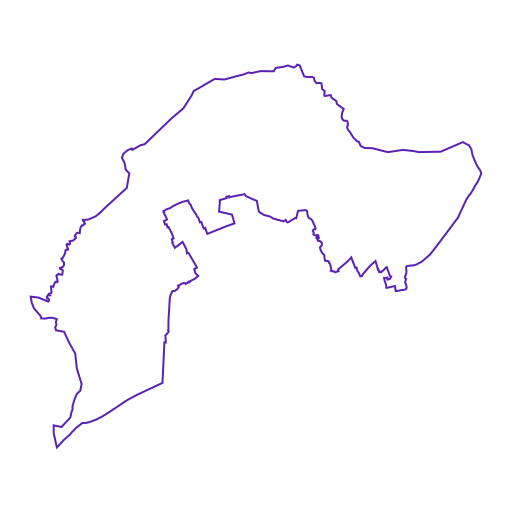 outline of Ungogo, Kano, Nigeria
{"feature_id": "59680162B36976404849364", "entity_name": "Ungogo", "entity_type": "district", "adm_level": 2, "iso_a3": "NGA", "parent_name": "Nigeria", "parent_adm1": "Kano", "projection": "natural_earth1", "projection_center": [8.508, 12.042], "detail": "fine", "context": "isolated", "style": "outline", "palette": "violet", "viewbox_px": 512, "rotation_deg": 0, "n_neighbors": 0, "source": "geoboundaries", "source_scale": "gbopen_adm2", "svg_char_len": 5957}
<svg xmlns="http://www.w3.org/2000/svg" viewBox="0 0 512 512"><path d="M379.2,272.1L380.1,271.7L380.4,272.0L381.1,272.2L381.2,271.8L381.6,271.8L382.0,271.2L383.1,270.6L385.7,267.8L386.7,267.2L389.9,275.8L390.3,276.2L391.2,276.5L390.3,278.5L389.8,278.9L389.0,279.1L388.2,279.5L387.5,279.6L387.4,277.6L384.1,278.0L384.6,280.7L386.0,284.5L386.4,287.8L387.7,287.7L394.9,286.0L395.7,291.1L399.9,290.5L401.5,290.0L403.5,289.9L404.9,289.6L405.7,289.2L406.3,288.6L406.6,287.8L406.6,287.1L406.5,286.1L405.8,283.9L405.3,283.0L405.1,281.8L406.1,278.8L405.4,278.3L405.0,277.7L404.9,276.8L406.0,274.3L406.4,272.5L406.4,270.0L406.1,268.4L406.2,267.0L406.8,266.1L411.1,265.5L413.3,265.4L416.5,264.5L418.5,263.3L421.6,261.8L430.0,254.6L439.2,242.7L457.8,217.9L466.3,199.6L468.9,195.6L470.7,193.5L473.4,189.0L474.8,186.2L477.3,182.5L479.2,178.7L481.3,173.4L480.1,170.2L477.9,167.1L476.3,164.3L472.4,154.8L471.4,149.4L469.1,145.3L466.0,143.9L462.9,142.1L440.6,151.7L418.8,152.1L413.1,151.0L402.8,149.9L389.0,152.0L387.2,152.0L372.3,148.2L364.3,147.9L360.7,146.0L358.9,141.8L357.2,141.4L353.2,137.4L350.2,132.4L348.1,129.9L347.1,127.5L348.0,124.5L347.6,122.1L347.0,120.9L346.1,120.6L345.1,120.8L343.8,120.6L342.9,119.7L342.1,118.7L341.6,116.4L342.1,112.9L343.7,109.0L336.8,103.9L336.5,101.2L331.6,97.8L330.7,95.1L324.7,96.0L324.3,94.7L324.5,93.2L324.7,91.1L322.2,89.2L321.5,83.4L319.7,82.9L316.4,83.2L314.5,80.6L314.0,77.9L312.0,76.9L307.2,77.1L304.1,76.3L299.7,65.4L297.2,64.6L296.3,66.0L293.9,67.6L288.0,65.5L283.4,66.8L275.8,67.9L273.7,71.3L260.4,71.1L251.3,73.1L248.6,72.5L243.5,74.5L238.1,75.8L224.3,79.5L214.7,78.9L198.4,88.4L193.7,91.0L191.6,95.5L183.3,108.4L171.4,118.5L144.7,144.2L140.6,145.2L132.3,149.9L131.7,148.5L127.4,150.3L123.3,153.9L122.0,157.8L124.6,163.1L125.7,169.6L129.3,173.4L126.8,187.9L105.7,207.2L100.4,212.4L95.7,216.3L88.7,219.4L85.3,219.9L82.9,219.8L83.2,221.1L84.4,222.0L85.0,223.7L83.9,224.1L83.3,225.4L81.9,225.4L80.7,227.2L80.0,229.9L79.8,233.0L78.8,232.8L77.4,232.8L76.1,233.7L75.0,235.6L74.8,236.4L75.9,237.2L75.8,238.1L72.7,240.8L71.4,240.8L69.9,241.1L69.5,241.3L69.9,243.0L69.8,244.0L69.4,244.5L68.7,244.4L67.6,244.0L66.9,244.1L66.5,244.9L68.1,249.3L67.7,249.8L67.3,249.5L66.3,249.7L65.4,250.4L65.3,252.2L64.9,253.7L63.9,255.8L63.0,257.5L62.5,258.1L61.4,258.7L62.4,260.8L62.9,261.4L63.8,262.1L64.1,264.5L64.0,265.1L62.8,266.9L60.0,268.0L60.3,269.0L61.6,269.4L62.8,270.3L62.3,274.6L62.0,274.8L59.7,274.4L58.8,273.8L57.7,274.8L56.8,274.9L56.4,275.4L56.8,277.5L57.4,279.5L57.6,281.0L57.4,282.2L56.1,281.7L54.9,282.5L53.2,286.9L51.8,286.3L51.0,286.3L51.5,292.5L51.1,293.2L49.0,293.7L48.6,294.2L49.7,295.3L47.9,295.4L47.1,296.3L46.8,297.6L47.1,298.6L48.5,298.6L48.8,299.3L49.0,300.3L48.2,301.6L38.5,297.6L30.7,296.6L31.8,302.9L34.0,308.4L40.7,316.1L41.2,318.4L45.2,318.6L48.3,317.9L52.2,317.8L54.7,318.4L56.8,319.2L55.9,322.1L56.3,323.9L56.3,324.9L55.9,326.0L55.5,326.8L55.2,327.7L55.9,329.5L56.0,330.3L64.1,331.8L69.2,342.8L75.2,353.5L76.9,368.7L81.6,384.0L80.3,390.7L76.8,393.9L74.3,400.1L72.5,406.2L72.6,409.2L71.5,412.1L70.3,417.6L61.5,427.0L53.7,425.4L53.7,433.3L56.9,447.4L61.6,442.5L63.3,440.4L69.9,434.7L71.6,432.5L76.0,428.0L82.3,423.0L86.3,422.9L89.7,422.0L96.4,419.5L102.9,416.1L105.5,414.5L109.2,412.1L121.4,404.0L124.5,401.8L128.3,399.5L137.3,394.7L162.5,382.9L164.4,342.4L165.8,342.5L165.4,335.4L166.8,334.0L168.7,331.7L168.6,330.9L168.3,330.7L168.1,330.3L168.4,328.7L168.5,320.1L169.8,298.3L170.8,294.4L172.0,292.1L172.3,291.2L175.0,290.8L176.9,289.4L178.7,287.4L178.0,285.6L179.8,285.1L180.1,284.7L181.5,283.8L183.5,283.0L185.3,283.5L185.4,283.2L185.6,283.2L185.9,283.9L186.9,283.3L188.7,281.7L189.2,282.4L189.9,281.8L189.8,281.4L190.2,281.1L193.5,279.4L193.9,279.4L195.2,278.5L198.2,275.9L195.5,273.3L194.2,269.1L196.9,267.7L196.2,266.1L188.5,252.9L186.9,253.3L186.5,249.5L182.6,241.9L174.9,247.8L174.3,246.5L173.4,245.2L173.3,244.8L172.2,242.8L172.7,242.4L172.7,242.0L171.8,239.2L173.6,238.4L172.2,234.3L170.3,230.4L169.0,228.1L168.6,227.1L167.5,227.4L166.7,224.3L165.1,224.6L163.9,221.1L167.0,219.5L166.4,217.9L163.7,212.7L164.2,212.4L163.5,211.1L164.5,210.5L166.8,209.2L170.6,207.9L172.0,206.7L177.2,204.0L181.9,202.1L188.1,200.4L189.3,203.4L190.8,205.1L191.9,208.0L194.3,211.9L196.2,214.6L196.8,216.0L198.5,218.2L199.5,221.1L199.8,222.3L201.3,222.0L202.9,226.5L203.8,228.6L205.3,227.9L206.2,230.7L206.6,232.1L207.4,233.9L209.5,233.0L226.7,226.1L234.5,223.4L232.0,214.6L219.1,211.6L219.8,202.6L219.8,200.1L226.7,198.1L226.4,196.7L229.0,196.2L229.2,197.4L231.2,196.8L244.6,194.2L246.0,196.1L252.9,199.3L256.8,200.8L258.9,211.7L263.8,214.9L270.3,216.6L273.2,218.5L276.4,219.4L277.5,219.8L278.8,220.0L283.4,221.4L285.7,219.9L286.2,220.7L286.6,221.6L287.0,222.1L287.5,222.4L288.1,222.3L289.1,221.8L292.7,219.4L295.5,217.9L296.2,218.2L298.0,211.0L299.2,210.7L305.8,210.1L306.9,210.9L307.7,215.4L308.2,216.8L309.1,218.0L310.7,219.0L312.1,220.2L314.6,225.7L315.6,228.4L315.2,229.4L314.2,229.3L313.5,229.6L313.0,230.1L312.9,230.6L312.8,230.9L313.7,232.6L313.7,233.1L313.6,233.8L313.3,234.2L313.5,234.6L313.8,234.8L315.2,235.3L315.4,235.5L315.6,235.6L316.1,235.6L316.6,235.3L317.1,234.8L317.4,234.8L317.8,235.0L318.5,236.2L318.9,237.9L318.6,238.1L317.9,237.9L317.2,238.1L317.3,237.6L317.1,237.2L316.8,237.3L316.6,237.7L316.4,237.9L316.5,238.3L317.7,239.6L317.9,240.2L317.8,240.5L318.1,240.8L318.6,241.0L319.3,240.7L319.7,240.8L320.3,241.7L321.4,242.2L321.9,243.0L321.7,245.5L320.0,247.3L320.2,248.5L320.5,249.7L322.1,252.9L324.3,255.1L324.6,258.6L325.2,260.8L327.5,260.9L328.7,261.4L328.8,262.7L329.8,263.6L330.6,266.1L331.3,269.1L330.8,270.8L331.9,270.9L332.6,271.5L334.2,271.3L334.7,272.0L335.5,272.3L336.1,272.1L336.9,271.5L338.6,271.3L338.1,269.4L347.3,261.7L351.3,257.4L352.9,262.0L353.1,261.9L353.8,264.0L355.3,267.9L356.5,267.5L357.5,271.3L358.6,272.4L360.3,276.4L361.8,276.1L362.4,274.8L368.7,267.4L371.3,264.7L373.2,263.1L375.5,261.0L378.0,269.7L378.4,269.5L379.2,272.1Z" fill="none" stroke="#5b21b6" stroke-width="2"/></svg>